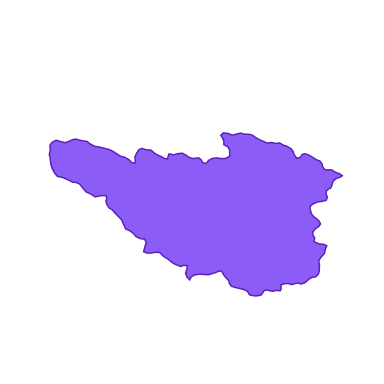 Nova Era, Minas Gerais, Brazil (Equal Earth projection), rotated 294°
{"feature_id": "56859067B46168971865721", "entity_name": "Nova Era", "entity_type": "district", "adm_level": 2, "iso_a3": "BRA", "parent_name": "Brazil", "parent_adm1": "Minas Gerais", "projection": "equal_earth", "projection_center": [-43.01, -19.695], "detail": "fine", "context": "isolated", "style": "filled", "palette": "violet", "viewbox_px": 384, "rotation_deg": 294, "n_neighbors": 0, "source": "geoboundaries", "source_scale": "gbopen_adm2", "svg_char_len": 2957}
<svg xmlns="http://www.w3.org/2000/svg" viewBox="0 0 384 384"><g transform="rotate(294 192 192)"><path d="M161.7,50.7L159.4,52.2L157.3,54.0L155.3,56.4L153.5,58.6L151.5,62.8L152.7,68.0L152.7,74.6L152.4,79.3L153.6,82.1L153.5,86.3L151.3,90.5L149.0,95.2L149.0,100.8L148.1,105.2L149.8,107.8L151.8,110.7L153.7,115.1L151.4,116.8L148.9,116.9L145.8,119.4L143.6,123.1L143.4,126.2L141.4,130.3L139.6,135.0L138.0,139.1L135.6,141.5L133.2,144.3L131.3,146.3L131.3,151.0L130.3,155.4L128.5,159.0L128.4,163.8L129.6,167.9L127.4,170.7L122.3,171.3L117.8,172.1L117.9,175.5L119.2,178.8L121.9,182.9L123.6,187.0L121.7,191.8L121.0,197.1L119.6,201.9L119.1,205.7L119.2,208.9L119.4,212.1L121.4,214.0L122.8,217.7L119.3,218.8L115.2,219.1L112.3,222.0L110.8,225.6L114.4,225.8L117.8,228.7L120.4,233.1L121.9,237.7L123.6,241.5L125.7,243.6L128.3,246.7L130.5,248.4L131.8,251.2L128.9,255.1L127.1,258.7L126.0,261.7L123.7,263.3L121.9,266.2L122.3,269.8L123.2,274.4L124.0,279.2L123.8,283.1L121.4,286.5L122.5,291.3L123.9,294.2L125.7,296.8L128.1,297.6L130.7,297.7L132.7,299.6L134.0,305.8L136.2,308.8L137.8,312.9L140.1,312.8L143.1,310.9L145.7,313.5L147.5,316.9L148.0,320.9L150.2,323.4L151.9,325.6L152.3,329.0L155.0,332.1L158.0,333.4L160.4,334.5L162.6,336.2L164.9,339.5L168.2,340.8L171.1,340.5L174.3,339.3L177.3,338.1L180.2,336.0L183.8,336.0L189.7,338.0L194.2,337.0L197.7,337.0L197.8,333.8L196.3,329.0L196.2,323.5L200.1,322.7L202.0,319.8L204.3,318.6L208.7,319.7L212.2,321.9L215.1,322.4L217.1,319.9L218.1,317.1L218.9,313.3L220.7,309.9L223.3,307.9L225.2,306.3L227.8,306.0L231.0,307.9L234.2,311.1L236.7,315.1L239.0,317.9L242.1,317.9L244.8,315.3L247.5,314.3L250.0,315.3L252.1,317.1L255.1,317.1L257.7,316.5L260.3,316.9L263.3,318.4L265.8,321.3L268.0,322.7L268.7,319.5L268.3,315.1L269.0,310.6L267.6,307.5L266.4,304.6L267.9,301.4L270.7,299.3L272.4,296.1L272.0,292.5L272.7,288.4L273.2,283.8L273.0,279.8L271.4,277.5L267.6,276.8L265.4,273.8L267.7,270.1L270.3,267.7L271.8,264.8L272.4,259.9L271.9,256.3L272.5,252.0L270.5,249.2L269.7,244.8L267.3,240.9L267.3,236.7L267.2,232.6L267.6,228.2L268.5,223.9L267.9,220.6L266.2,216.5L265.5,212.3L262.7,208.7L260.3,205.6L260.2,201.1L258.8,196.6L255.5,195.2L253.5,198.3L251.2,200.5L248.1,201.9L248.0,206.1L245.9,209.1L243.1,210.5L240.0,211.9L236.3,209.1L234.3,204.9L233.3,201.0L231.0,196.9L227.5,194.3L223.7,193.2L223.2,189.6L225.1,187.3L225.9,184.3L224.5,181.7L222.8,178.9L222.5,175.1L223.2,171.3L223.5,167.4L221.1,163.2L218.4,160.0L217.6,155.6L214.7,155.7L212.4,156.2L211.4,153.2L211.8,149.6L211.8,145.5L212.2,142.1L213.6,137.5L212.0,133.0L211.4,128.4L209.0,126.2L204.4,125.6L200.7,125.6L198.1,127.1L195.5,128.2L194.2,125.5L195.9,121.2L196.4,116.0L195.6,112.1L196.3,107.6L197.0,103.4L197.1,99.2L196.2,94.0L195.5,89.5L194.1,84.3L194.6,78.7L195.6,75.5L194.5,72.4L193.7,68.5L193.2,64.9L191.8,62.2L188.8,59.4L185.8,56.8L184.7,52.3L184.1,46.8L180.8,44.3L177.7,43.2L175.4,43.9L172.9,45.5L168.4,46.3L165.1,48.7L161.7,50.7Z" fill="#8b5cf6" stroke="#5b21b6" stroke-width="1.5"/></g></svg>